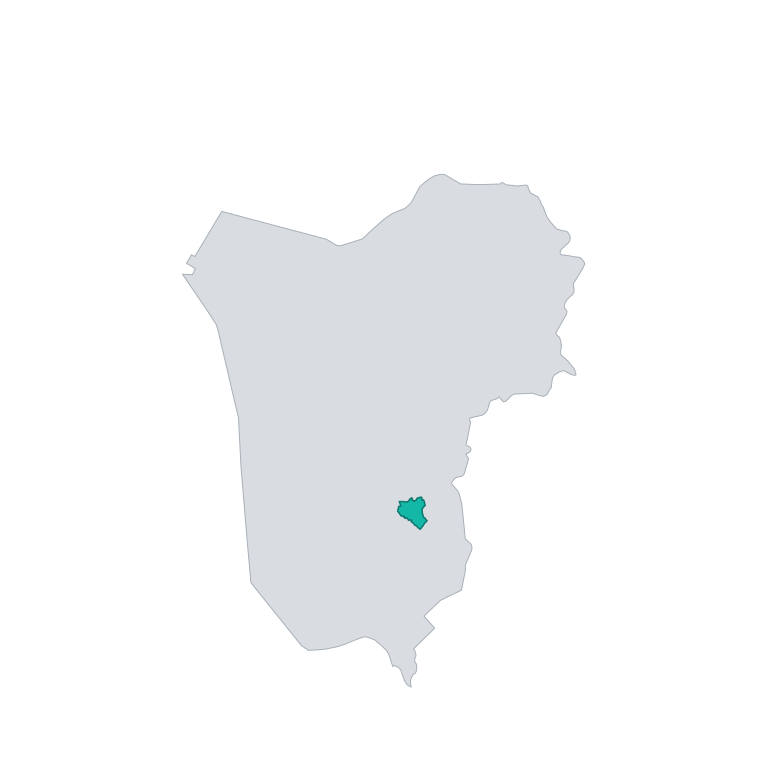 Al-Hai, Wasit, Iraq (highlighted), rotated 46°
{"feature_id": "34846034B47380320671203", "entity_name": "Al-Hai", "entity_type": "district", "adm_level": 2, "iso_a3": "IRQ", "parent_name": "Iraq", "parent_adm1": "Wasit", "projection": "mercator", "projection_center": [45.957, 32.179], "detail": "fine", "context": "in_parent", "style": "filled", "palette": "teal", "viewbox_px": 768, "rotation_deg": 46, "n_neighbors": 0, "source": "geoboundaries", "source_scale": "gbopen_adm2", "svg_char_len": 4996}
<svg xmlns="http://www.w3.org/2000/svg" viewBox="0 0 768 768"><g transform="rotate(46 384 384)"><path d="M320.9,159.0L325.6,157.7L334.3,150.4L339.5,143.6L341.1,142.9L345.7,145.2L348.9,145.8L356.5,143.2L361.0,144.6L364.8,146.3L366.9,146.4L377.0,150.7L379.5,151.2L384.8,151.8L392.6,152.0L397.6,149.2L401.1,146.5L403.6,146.6L406.0,147.2L408.1,148.4L409.8,150.4L410.6,153.3L410.3,162.4L411.0,164.8L412.4,166.6L414.1,166.9L416.3,164.9L420.0,162.0L424.5,158.9L427.9,156.0L429.8,154.9L432.9,155.0L435.9,155.5L437.6,156.9L437.6,157.4L439.2,161.7L443.2,177.7L445.4,179.8L448.0,181.5L449.9,183.8L450.6,186.2L450.4,189.9L450.5,194.2L451.5,197.5L453.0,200.0L454.4,201.3L456.5,201.4L459.0,202.0L460.6,204.5L466.0,222.6L466.5,224.9L468.7,225.7L472.4,225.4L476.2,227.2L480.2,230.2L484.0,235.6L486.6,236.5L494.6,235.7L505.5,236.6L510.7,239.4L510.1,241.2L506.2,243.1L499.2,245.4L497.2,249.3L496.0,254.3L496.2,257.1L497.9,260.2L502.8,266.3L503.1,268.5L504.0,271.6L504.9,273.7L503.9,277.8L499.4,280.7L493.6,283.7L481.8,297.3L480.9,300.2L481.0,308.3L479.8,310.5L476.1,310.5L473.2,310.1L473.1,312.9L471.2,316.6L470.2,319.9L474.5,327.5L475.3,331.6L474.6,335.3L470.6,341.6L468.2,345.9L468.8,346.9L471.9,348.6L481.6,362.5L484.7,367.4L488.8,366.1L490.4,366.2L491.6,367.0L492.3,368.6L492.3,370.7L491.3,373.8L496.5,375.1L498.4,378.3L504.5,389.0L504.3,392.2L501.3,397.3L501.3,400.7L501.9,403.7L502.9,404.8L511.9,405.2L515.7,406.4L525.0,411.9L535.7,420.3L544.4,427.2L551.8,433.1L559.7,432.6L561.9,433.7L563.9,435.5L566.1,440.3L570.7,451.2L574.5,454.8L580.5,463.4L586.1,471.5L582.4,482.5L578.8,493.9L578.8,508.6L578.8,516.5L586.4,516.8L594.9,517.2L594.9,526.6L595.0,536.0L595.1,546.8L597.6,547.2L601.5,549.5L603.2,553.0L605.3,554.9L607.9,555.2L610.4,556.9L612.9,560.0L613.8,562.3L613.1,563.9L613.7,566.8L615.4,570.8L617.5,572.7L620.8,575.0L616.4,576.3L611.5,575.3L601.2,570.6L597.9,570.5L593.5,572.3L593.3,573.9L582.4,568.6L578.5,567.5L577.1,567.4L570.8,567.5L561.9,568.4L556.7,570.6L553.1,572.8L551.4,575.1L550.8,576.3L548.0,582.8L544.7,591.2L541.3,598.7L534.7,609.3L531.0,614.2L523.2,623.3L514.7,625.1L495.0,623.3L473.1,621.3L451.4,619.3L435.2,617.8L434.0,617.4L418.0,604.4L405.3,594.2L389.5,581.3L373.4,568.2L357.0,554.8L345.1,545.1L330.7,532.6L317.5,521.1L307.2,512.1L293.8,504.2L283.4,498.0L268.3,488.9L256.2,481.7L245.8,475.5L229.8,465.9L224.5,463.3L208.0,460.1L192.3,457.4L176.0,454.6L165.2,452.7L172.3,445.8L170.1,439.7L164.9,440.8L160.1,442.3L157.3,432.7L160.9,431.5L157.5,419.0L154.0,406.1L150.6,393.6L147.2,380.8L160.9,372.5L171.1,366.4L185.5,357.7L199.3,349.4L212.5,341.4L227.0,332.6L240.0,324.8L251.9,321.6L254.4,319.1L259.9,308.3L264.5,299.0L264.7,296.9L264.8,283.8L265.6,268.3L267.1,260.0L269.8,252.7L272.2,247.4L272.5,242.3L272.2,237.2L269.6,229.5L267.0,221.5L267.3,213.7L267.8,209.5L269.4,202.8L272.2,198.0L275.3,194.9L286.6,191.8L293.3,189.9L302.3,181.3L307.6,176.1L315.0,167.9L320.5,161.9L320.9,159.8L320.9,159.0Z" fill="#d9dde1" stroke="#a8b0b8" stroke-width="1"/><path d="M485.1,462.7L485.5,462.7L486.0,462.7L486.5,462.7L486.7,462.8L487.0,462.7L487.5,462.8L487.9,462.8L488.3,462.9L489.0,463.1L489.6,463.2L490.1,463.3L490.4,463.3L490.7,463.3L490.7,463.2L490.9,463.1L491.1,463.0L491.4,462.9L491.8,462.6L492.2,462.4L492.4,461.9L492.6,461.8L492.7,461.7L492.9,461.7L493.2,461.7L493.4,461.7L493.5,461.9L493.7,462.1L493.8,461.7L494.1,461.6L494.3,461.5L494.6,461.5L494.8,461.5L494.8,461.8L495.0,462.1L495.3,462.1L495.5,462.0L495.6,461.8L495.8,461.6L495.9,461.2L496.2,461.0L496.3,460.8L496.6,460.6L496.9,460.4L497.0,460.5L497.3,460.6L497.8,460.7L498.3,460.9L498.8,461.0L499.2,460.9L499.5,460.7L499.5,460.4L499.7,459.8L499.8,459.6L500.0,459.4L500.4,459.0L500.6,458.9L500.9,458.9L501.2,459.0L501.4,459.0L501.6,459.2L501.6,459.5L501.6,459.9L501.8,460.0L502.0,460.1L502.4,460.0L502.9,459.9L503.5,459.8L503.8,459.7L504.0,459.7L504.5,459.7L504.8,459.7L505.4,459.7L506.4,459.7L506.7,459.8L507.0,460.0L507.3,459.9L507.5,459.8L508.0,459.4L508.4,459.2L508.6,459.1L509.0,459.1L509.5,459.1L509.9,459.2L510.2,459.3L510.5,459.5L511.0,459.4L511.6,459.2L512.1,459.1L512.8,459.0L513.3,459.0L513.5,459.0L513.5,458.9L513.5,457.6L513.1,454.4L512.5,452.3L512.2,450.2L512.5,449.4L512.2,448.0L510.0,447.9L509.0,447.6L508.4,447.9L507.0,448.0L505.5,447.1L503.2,445.9L502.0,444.9L500.2,443.0L500.2,442.2L499.9,440.5L500.0,438.9L499.5,438.4L495.5,436.2L494.6,436.2L493.9,437.1L493.8,437.3L491.9,435.7L491.6,435.8L491.3,435.8L491.0,436.1L489.6,438.5L489.3,439.1L489.3,440.2L489.9,441.4L489.4,442.8L489.3,443.8L488.5,443.5L487.3,444.4L486.3,443.7L486.0,443.1L485.2,443.2L484.7,445.1L485.2,447.3L485.2,448.7L485.1,449.3L484.4,449.5L483.7,450.5L483.1,451.3L482.9,451.4L482.2,451.5L480.6,453.3L480.6,453.2L479.2,454.7L479.5,454.9L479.8,455.0L480.2,455.2L480.9,455.4L481.3,455.7L482.6,456.2L483.0,456.4L483.1,456.5L483.2,456.8L483.4,457.1L483.3,457.3L483.1,457.5L482.7,457.9L482.4,458.2L482.3,458.3L482.3,458.5L482.6,458.8L482.9,459.3L483.3,459.9L484.0,461.0L484.6,461.9L485.1,462.7Z" fill="#14b8a6" stroke="#0f766e" stroke-width="1.5"/></g></svg>